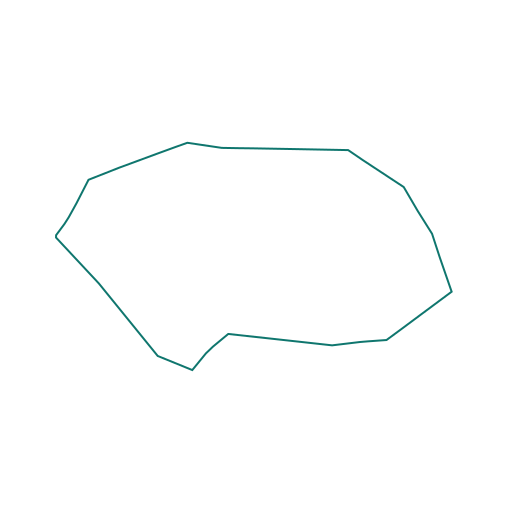 Herlen, Dornod, Mongolia, rotated 16°
{"feature_id": "93677404B55540968795469", "entity_name": "Herlen", "entity_type": "district", "adm_level": 2, "iso_a3": "MNG", "parent_name": "Mongolia", "parent_adm1": "Dornod", "projection": "natural_earth1", "projection_center": [114.567, 48.063], "detail": "fine", "context": "isolated", "style": "outline", "palette": "teal", "viewbox_px": 512, "rotation_deg": 16, "n_neighbors": 0, "source": "geoboundaries", "source_scale": "gbopen_adm2", "svg_char_len": 624}
<svg xmlns="http://www.w3.org/2000/svg" viewBox="0 0 512 512"><g transform="rotate(16 256 256)"><path d="M58.1,291.1L58.7,293.4L112.5,325.7L189.1,379.2L226.2,383.2L234.7,363.4L239.6,355.0L250.8,338.6L291.4,331.6L324.6,325.9L353.8,320.9L379.7,310.0L387.1,307.2L404.6,300.8L415.1,287.2L430.9,266.5L453.9,236.4L432.9,206.5L426.2,196.6L419.1,186.1L398.9,168.0L379.0,149.0L332.0,134.3L315.4,128.8L264.7,142.3L223.6,153.3L215.9,155.4L211.2,156.7L193.3,161.5L158.8,166.1L149.0,173.1L132.5,185.1L99.9,209.0L80.1,224.2L74.0,228.9L68.9,254.8L65.3,270.4L63.0,278.1L58.1,291.1Z" fill="none" stroke="#0f766e" stroke-width="2"/></g></svg>